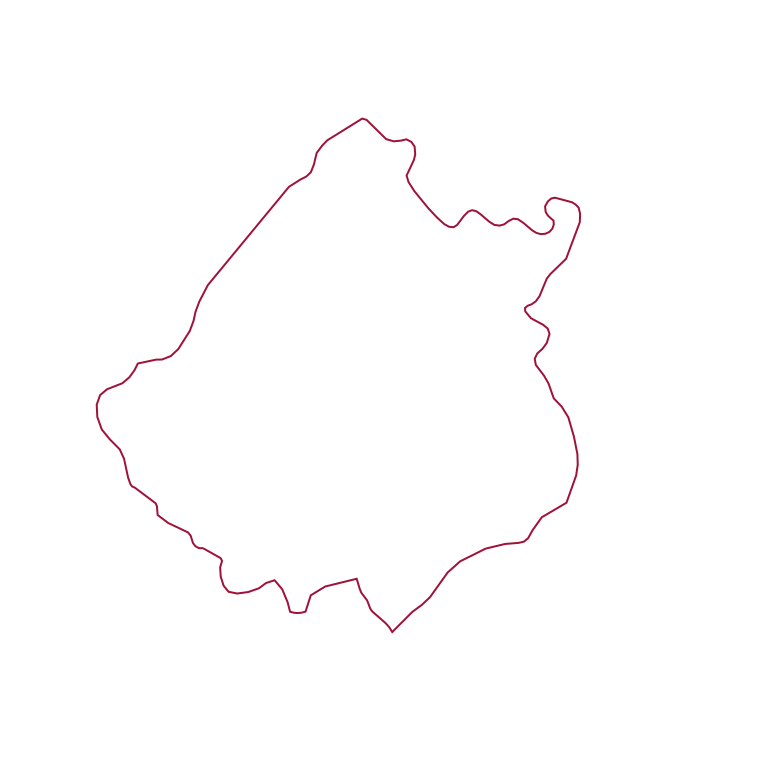 the County of Braila, rotated 128°
{"feature_id": "ROU-313", "entity_name": "Braila", "entity_type": "County", "adm_level": 1, "iso_a3": "ROU", "parent_name": "Romania", "parent_adm1": "", "projection": "natural_earth1", "projection_center": [27.608, 45.126], "detail": "fine", "context": "isolated", "style": "outline", "palette": "rose", "viewbox_px": 768, "rotation_deg": 128, "n_neighbors": 0, "source": "natural_earth", "source_scale": "10m", "svg_char_len": 2194}
<svg xmlns="http://www.w3.org/2000/svg" viewBox="0 0 768 768"><g transform="rotate(128 384 384)"><path d="M292.4,230.1L296.8,218.2L308.4,202.1L320.2,188.4L328.4,181.6L337.7,176.3L365.2,167.1L391.8,177.6L408.1,176.9L416.6,175.5L422.1,176.7L426.2,180.0L435.5,190.1L451.2,202.6L476.8,214.8L493.2,217.8L523.7,216.5L534.7,218.2L546.2,221.4L574.4,224.8L572.4,230.2L571.5,235.3L570.5,252.7L570.1,254.8L569.3,256.8L565.4,263.2L564.8,264.5L562.4,273.5L560.3,277.1L554.3,285.6L579.7,305.6L595.6,311.6L611.7,305.7L614.9,308.1L617.4,310.7L619.5,313.8L621.3,317.8L615.3,325.6L608.4,337.9L606.0,349.4L613.4,354.4L622.0,356.8L631.5,362.9L639.5,370.7L643.4,378.5L641.7,386.2L636.3,394.1L629.4,400.2L623.1,402.7L621.8,405.5L624.7,424.7L625.2,426.2L626.3,427.4L627.4,429.2L627.9,432.7L627.0,436.5L622.6,442.9L621.6,447.0L626.4,468.4L626.6,481.7L620.1,487.7L618.6,490.5L619.1,516.7L619.8,519.5L619.1,522.0L615.4,527.9L602.9,542.9L598.2,552.0L596.4,566.1L593.6,578.4L586.5,589.6L577.1,597.7L567.5,600.9L558.6,599.0L544.6,590.7L535.6,588.8L526.7,589.1L519.4,590.6L505.1,578.6L501.4,574.0L493.2,569.2L483.2,567.6L461.7,569.7L451.4,573.0L443.1,577.0L432.7,580.3L414.5,583.7L287.1,580.3L274.2,575.7L268.5,573.0L262.2,572.0L254.1,574.4L243.4,579.3L234.2,579.5L226.8,578.7L188.3,564.6L186.6,560.4L189.7,533.0L186.8,525.8L181.9,520.6L177.4,517.0L176.4,511.5L178.0,506.1L183.9,500.7L189.0,498.4L205.9,494.5L209.8,488.9L213.3,478.9L218.3,456.9L220.2,444.4L220.9,434.9L220.0,429.4L217.6,425.7L213.6,424.3L202.3,424.5L196.4,423.8L192.8,421.6L191.0,417.5L190.8,412.4L191.3,400.7L190.7,395.0L188.0,390.4L184.2,387.6L178.5,386.0L174.1,383.9L171.7,379.9L171.2,373.6L171.7,361.7L171.1,356.8L169.3,352.6L166.2,349.3L162.1,347.2L157.8,347.0L153.8,348.4L150.9,351.0L150.7,355.2L150.3,358.9L148.9,362.5L144.9,366.4L139.4,367.3L134.8,366.4L131.9,363.9L125.0,347.7L124.6,343.4L125.2,339.2L129.1,334.3L136.0,329.3L173.2,317.6L195.0,320.6L200.8,320.6L219.1,315.5L225.3,315.3L230.2,316.7L233.8,318.9L237.2,319.7L239.8,317.4L241.7,308.7L239.4,295.2L239.5,289.2L242.6,284.4L251.4,281.0L258.6,280.8L265.6,282.0L271.3,280.8L275.5,276.1L279.0,262.8L282.3,254.7L290.8,241.4L292.4,230.1Z" fill="none" stroke="#9f1239" stroke-width="2"/></g></svg>